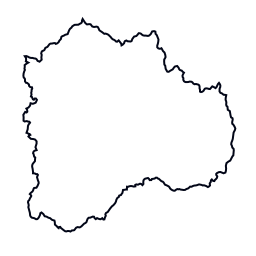 the district of Bannach, Pará, Brazil, rotated 183°
{"feature_id": "56859067B96569332743407", "entity_name": "Bannach", "entity_type": "district", "adm_level": 2, "iso_a3": "BRA", "parent_name": "Brazil", "parent_adm1": "Pará", "projection": "robinson", "projection_center": [-50.626, -7.48], "detail": "fine", "context": "isolated", "style": "outline", "palette": "ink", "viewbox_px": 256, "rotation_deg": 183, "n_neighbors": 0, "source": "geoboundaries", "source_scale": "gbopen_adm2", "svg_char_len": 5787}
<svg xmlns="http://www.w3.org/2000/svg" viewBox="0 0 256 256"><g transform="rotate(183 128 128)"><path d="M180.0,21.6L178.6,22.8L177.7,22.8L176.3,23.2L174.6,25.7L173.2,26.4L171.0,26.2L169.4,27.3L166.8,30.2L165.5,30.9L164.6,31.8L164.0,33.9L163.5,35.3L162.6,36.3L161.0,36.5L158.5,37.7L157.3,37.6L156.6,36.2L155.4,35.3L154.2,36.4L153.0,35.9L151.5,35.5L150.5,35.5L149.0,36.6L147.8,35.3L146.8,35.5L146.3,37.6L145.6,39.2L146.1,40.6L145.6,41.9L143.8,43.1L141.6,46.7L139.9,49.0L138.7,50.0L137.8,51.1L136.9,52.3L136.2,53.9L135.8,55.9L134.9,57.7L133.6,58.6L133.3,60.0L131.4,60.8L130.9,61.9L130.2,62.8L129.7,65.9L128.2,66.1L126.9,66.5L125.9,66.5L125.9,69.3L125.0,69.2L124.1,69.7L122.7,70.1L121.3,70.2L119.1,69.8L117.6,70.1L117.8,71.5L116.8,72.1L115.1,71.9L113.1,73.0L111.9,72.8L110.6,71.7L109.7,72.9L109.9,74.7L109.8,76.5L109.1,77.6L108.2,78.3L105.4,79.1L104.3,78.2L103.6,77.1L102.0,77.2L101.5,78.3L98.7,78.9L97.8,79.8L96.5,79.9L95.5,79.1L94.6,78.9L91.8,76.6L90.6,76.3L89.6,75.5L88.9,74.4L87.9,73.2L86.7,72.9L84.3,71.8L83.4,70.9L82.8,69.8L81.8,69.0L80.6,68.3L79.2,67.8L78.0,67.8L76.9,68.8L75.6,69.6L74.5,69.4L73.6,69.7L72.3,69.3L69.1,69.0L67.7,69.2L66.4,70.2L65.1,70.6L63.8,71.7L62.9,72.7L61.4,72.7L60.1,73.5L58.8,74.0L57.2,74.2L55.9,74.6L54.1,75.4L51.5,75.0L50.2,74.5L49.2,74.8L47.0,74.2L45.1,73.2L43.9,74.0L43.1,74.9L43.5,77.0L42.6,78.3L42.4,80.1L41.6,81.0L40.2,79.6L39.0,79.5L38.5,80.6L37.4,81.7L36.6,82.8L36.3,84.4L37.4,85.7L37.5,86.8L36.7,87.7L34.9,88.7L33.4,88.9L30.2,87.8L28.4,88.6L28.0,90.3L27.9,92.7L28.3,95.3L27.8,98.1L26.0,99.7L24.2,100.8L22.2,105.2L21.4,106.1L21.2,111.3L21.5,112.8L22.8,113.9L23.2,115.4L24.1,117.2L23.9,119.0L23.3,120.7L22.8,122.6L22.3,129.0L21.1,131.6L20.8,133.1L21.7,135.0L23.1,137.0L24.1,137.7L24.3,139.3L24.0,141.1L23.9,142.3L24.2,143.3L25.6,144.0L26.2,145.7L27.2,150.2L29.3,151.4L29.8,154.5L30.9,155.4L31.2,156.8L31.1,158.4L31.4,159.9L32.0,161.2L32.0,163.2L31.6,166.0L33.0,166.2L34.3,166.2L36.2,167.6L37.5,167.9L38.5,169.3L38.6,172.0L38.0,173.8L38.0,175.4L38.5,176.5L39.5,177.8L40.4,176.7L41.8,173.4L42.7,172.4L44.5,173.4L46.0,174.0L48.2,171.2L49.1,171.2L50.6,171.6L52.1,171.7L53.4,171.2L54.6,169.0L55.7,168.1L57.0,167.7L58.0,168.1L58.1,170.0L58.6,171.2L58.7,173.1L59.1,174.3L60.0,175.0L62.4,175.5L63.9,175.2L65.1,175.8L66.0,176.9L66.9,177.5L68.8,177.6L70.1,177.1L71.9,176.9L73.2,176.9L74.5,177.6L75.3,179.0L75.3,180.7L76.1,181.8L76.3,183.3L75.7,184.8L75.0,186.2L76.3,187.0L77.3,188.1L79.1,188.6L79.9,189.3L80.6,190.8L82.1,192.5L84.3,191.9L85.2,190.9L86.4,188.9L89.1,187.2L89.9,186.5L90.8,186.2L91.8,186.4L93.5,189.1L94.1,192.2L95.0,193.2L95.4,196.5L95.4,198.4L94.7,199.5L94.2,200.8L94.6,202.9L95.5,205.3L97.0,206.6L97.6,207.5L98.2,208.6L98.8,209.4L99.7,208.9L100.7,208.8L101.9,209.1L103.0,210.1L103.1,211.9L102.6,213.7L102.3,215.7L102.2,218.0L104.1,222.2L105.4,223.5L105.7,225.7L107.0,226.1L108.9,225.7L109.6,224.3L110.0,223.3L111.0,222.1L112.1,221.2L113.0,221.0L115.1,221.2L116.4,221.1L117.8,221.3L118.9,221.9L119.9,222.8L121.1,223.2L122.3,223.2L123.6,221.3L124.5,220.3L126.7,219.6L128.3,217.2L129.0,215.0L129.9,214.5L133.0,214.6L134.2,215.3L135.5,214.7L136.1,213.7L136.3,212.5L137.7,210.9L138.8,210.2L139.2,211.9L141.1,214.1L141.9,215.0L143.4,213.6L144.4,213.7L145.2,214.5L146.7,215.4L147.9,215.8L149.0,216.7L150.0,217.9L152.5,220.1L154.1,220.8L155.5,221.1L156.6,220.8L158.9,222.4L160.8,223.5L161.7,224.1L162.5,225.8L163.5,227.3L164.7,227.6L167.2,227.1L169.0,227.5L170.8,229.6L172.2,229.7L174.4,229.3L175.4,230.0L176.3,230.8L179.0,234.5L179.6,232.8L179.5,231.7L179.9,230.7L180.8,229.9L181.9,229.4L182.8,228.6L186.8,228.2L189.0,226.6L189.7,225.3L191.1,224.0L191.9,222.5L193.2,218.6L195.6,217.8L196.9,216.9L198.5,216.2L199.3,215.5L199.7,213.3L201.2,211.5L201.7,210.2L203.0,208.9L204.5,208.2L205.4,209.0L206.8,208.8L208.2,208.4L209.9,208.2L210.8,207.6L212.7,204.8L214.7,203.7L215.6,201.5L216.5,200.8L217.5,200.5L218.2,199.6L218.6,197.9L218.0,196.5L218.2,193.9L217.8,191.7L219.8,189.6L221.8,190.3L222.9,191.9L223.9,192.5L225.5,192.6L227.0,193.0L228.5,192.9L230.1,193.2L231.7,194.0L233.3,194.5L234.8,194.3L233.5,192.5L233.3,190.5L233.5,189.2L231.0,188.1L232.8,186.9L234.5,185.4L234.3,183.6L234.5,181.7L234.0,180.6L234.6,179.1L235.1,177.0L235.2,174.8L234.8,173.0L233.7,172.0L233.4,170.9L233.3,169.2L232.2,167.8L231.0,167.7L229.2,166.3L229.0,164.9L227.7,163.7L226.0,163.6L225.7,162.3L226.3,161.0L226.2,159.8L226.5,158.0L226.1,156.4L226.6,154.4L225.6,154.0L224.5,151.7L223.5,151.3L222.6,152.6L221.5,152.6L220.4,151.3L221.5,148.5L222.6,147.9L224.3,147.2L226.6,147.6L227.0,145.2L228.5,143.2L230.5,142.1L229.7,140.9L229.4,139.0L230.1,138.2L231.5,138.7L233.2,135.7L232.8,133.2L232.7,129.8L231.6,129.1L229.4,129.6L228.3,129.2L226.8,129.1L226.1,128.2L226.7,127.3L227.4,126.4L228.0,124.8L228.1,121.5L229.1,117.9L227.9,117.6L227.0,116.9L226.0,116.9L225.2,116.0L226.4,115.3L227.0,114.3L224.4,112.1L221.8,112.0L220.2,111.6L219.4,110.8L218.6,109.9L218.5,107.6L219.4,104.0L218.1,101.1L220.2,100.4L221.1,99.4L221.5,97.9L220.9,97.0L220.2,94.5L219.1,93.7L219.2,91.3L219.2,90.0L221.2,87.3L221.7,85.9L221.7,84.4L221.1,82.2L220.5,78.9L220.5,77.8L219.5,77.8L218.3,77.6L217.4,77.1L216.2,77.2L215.5,76.4L216.3,74.2L215.1,70.7L214.5,69.5L214.3,68.3L215.2,65.7L216.3,63.6L218.6,63.2L219.2,62.1L219.4,61.0L220.0,59.7L221.9,57.9L222.6,56.9L221.7,56.2L221.0,55.1L221.4,54.1L222.1,53.0L222.9,50.8L223.8,49.8L224.0,48.6L223.3,46.6L223.1,45.3L223.4,43.8L221.6,38.3L221.1,35.4L220.5,34.4L219.5,33.5L216.8,33.0L215.0,32.1L213.8,32.3L213.0,33.1L212.2,34.4L211.2,36.9L211.1,38.3L210.0,39.1L208.0,37.6L206.6,35.5L205.6,35.4L204.4,35.1L202.9,34.3L200.9,33.8L200.1,33.1L199.0,32.3L196.6,31.7L196.2,30.3L195.9,27.7L194.2,26.4L192.9,25.0L192.0,24.4L191.6,25.5L190.5,25.7L189.8,24.7L186.6,22.4L185.3,21.6L184.1,21.5L182.8,22.0L181.4,22.0L180.0,21.6Z" fill="none" stroke="#020617" stroke-width="2"/></g></svg>